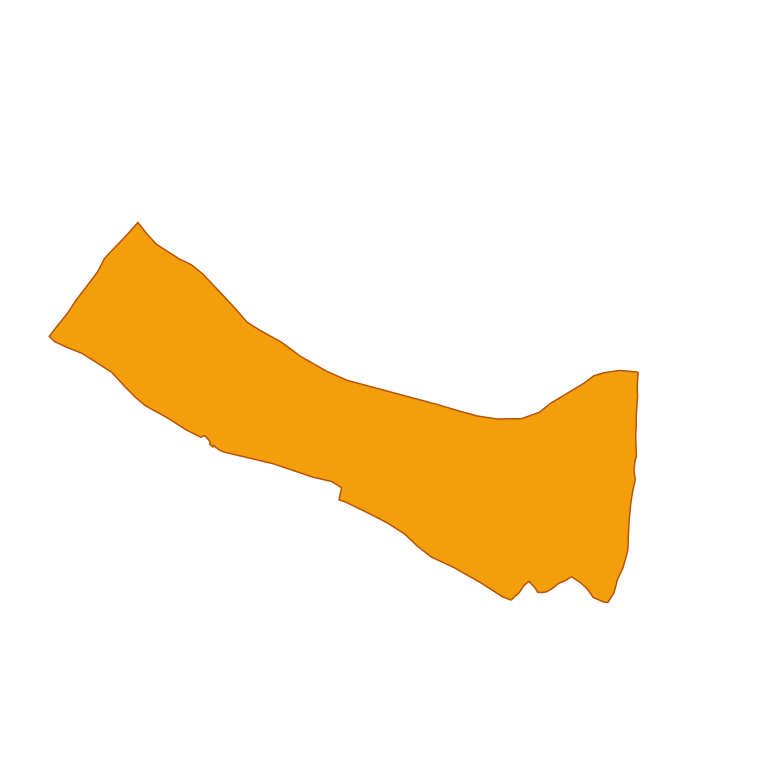 outline of Akoko North East, Ondo, Nigeria, rotated 33°
{"feature_id": "59680162B30693560799830", "entity_name": "Akoko North East", "entity_type": "district", "adm_level": 2, "iso_a3": "NGA", "parent_name": "Nigeria", "parent_adm1": "Ondo", "projection": "natural_earth1", "projection_center": [5.819, 7.563], "detail": "fine", "context": "isolated", "style": "filled", "palette": "amber", "viewbox_px": 768, "rotation_deg": 33, "n_neighbors": 0, "source": "geoboundaries", "source_scale": "gbopen_adm2", "svg_char_len": 1801}
<svg xmlns="http://www.w3.org/2000/svg" viewBox="0 0 768 768"><g transform="rotate(33 384 384)"><path d="M590.8,235.8L587.1,237.5L574.2,244.3L562.7,254.4L555.5,262.8L551.2,274.5L534.1,309.7L529.8,323.0L518.3,338.1L498.2,351.6L485.2,357.5L479.4,360.1L457.8,366.9L440.5,372.0L351.1,401.0L349.6,401.2L329.5,404.5L322.8,404.9L299.1,406.3L284.9,405.4L274.6,404.8L273.1,404.9L258.2,406.0L250.0,406.6L235.6,406.7L212.5,400.2L195.5,396.1L192.2,395.3L172.0,390.4L157.5,388.9L144.5,390.6L133.0,390.7L117.1,390.8L104.1,387.5L89.6,382.6L89.6,383.0L86.8,401.0L82.6,422.7L81.2,431.1L82.7,446.1L81.4,464.5L80.0,482.8L80.1,496.2L78.7,509.6L77.3,526.3L84.5,527.9L97.5,526.1L114.8,522.7L117.4,522.7L129.3,522.6L149.5,522.5L168.3,527.4L182.8,530.6L194.3,532.0L195.8,532.2L220.3,530.4L232.4,530.3L236.3,530.3L243.4,530.2L254.4,529.0L259.3,528.4L261.8,524.9L264.7,525.8L266.1,526.0L266.9,526.3L268.0,526.6L269.5,527.4L270.6,528.0L270.5,529.5L274.8,530.0L274.7,528.3L276.0,528.6L277.7,529.0L279.3,528.7L281.3,529.1L286.7,528.3L329.0,513.2L331.1,512.4L334.3,511.3L348.4,507.7L359.3,504.9L374.7,501.0L393.4,494.2L405.0,494.1L409.3,505.6L415.1,504.1L429.6,502.3L444.0,500.5L462.8,498.7L483.0,498.6L500.3,501.8L506.6,502.4L517.7,503.4L542.2,499.9L574.0,498.0L600.0,497.9L608.2,496.0L611.0,485.4L611.1,476.9L613.0,470.6L621.9,472.8L626.3,475.0L629.9,472.9L633.5,469.8L636.3,464.5L637.3,461.4L639.0,456.1L642.7,450.9L646.3,443.5L651.7,443.6L657.1,443.6L664.2,444.8L667.8,445.8L675.8,449.1L687.4,447.1L690.7,445.3L690.6,433.8L686.2,420.5L684.7,408.8L681.8,398.9L678.9,390.5L670.1,375.6L664.3,365.6L659.9,357.3L655.6,348.9L651.2,339.0L646.8,327.3L641.0,320.7L636.6,312.3L635.1,307.3L629.3,299.0L623.5,290.7L617.7,280.7L613.3,274.1L603.1,255.8L597.3,247.5L590.8,235.8Z" fill="#f59e0b" stroke="#b45309" stroke-width="1.5"/></g></svg>